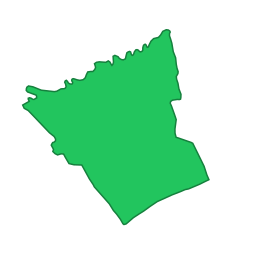 Empalme Olmos, Canelones, Uruguay (Albers equal-area conic projection), rotated 62°
{"feature_id": "84410073B65254992067922", "entity_name": "Empalme Olmos", "entity_type": "district", "adm_level": 2, "iso_a3": "URY", "parent_name": "Uruguay", "parent_adm1": "Canelones", "projection": "albers", "projection_center": [-55.905, -34.652], "detail": "fine", "context": "isolated", "style": "filled", "palette": "green", "viewbox_px": 256, "rotation_deg": 62, "n_neighbors": 0, "source": "geoboundaries", "source_scale": "gbopen_adm2", "svg_char_len": 2269}
<svg xmlns="http://www.w3.org/2000/svg" viewBox="0 0 256 256"><g transform="rotate(62 128 128)"><path d="M164.1,185.4L186.2,180.1L194.0,179.6L198.6,178.5L204.7,177.6L210.2,177.4L211.3,176.9L211.8,174.7L209.7,165.3L209.1,158.8L208.7,153.1L207.6,145.4L206.7,136.7L207.7,120.7L208.8,111.5L209.2,106.5L210.2,103.1L211.3,90.9L211.4,86.2L211.6,80.8L206.5,80.4L197.5,78.8L171.9,78.0L170.4,79.0L160.4,88.3L158.8,89.9L154.6,88.9L150.9,87.0L143.2,81.5L138.4,80.7L129.0,79.3L125.9,79.1L124.6,77.9L124.3,75.7L125.9,71.1L127.0,69.3L127.2,68.1L126.0,67.1L123.1,65.4L117.4,64.7L112.0,62.9L107.8,62.2L105.2,61.2L103.4,58.4L101.8,57.3L98.0,56.6L94.2,55.4L88.4,53.0L81.8,52.2L73.7,49.5L69.3,48.6L66.1,48.1L64.1,47.0L63.1,45.7L61.9,45.6L60.4,46.4L59.2,48.1L59.0,51.9L61.2,55.5L62.3,58.6L61.1,63.4L62.1,66.9L62.9,68.0L63.7,69.2L64.5,70.3L65.4,71.3L66.0,72.1L65.8,73.1L65.4,73.2L64.1,73.1L62.9,73.1L62.1,73.5L62.0,74.4L62.3,75.5L63.3,76.5L64.2,77.3L66.2,78.4L66.9,79.6L66.7,81.2L65.8,82.0L64.2,82.3L63.0,83.3L62.7,84.5L63.2,85.5L64.0,87.0L64.9,87.7L65.9,89.1L65.9,90.2L64.7,90.5L63.4,90.3L62.1,90.0L61.1,90.7L60.9,92.3L61.1,93.7L62.9,95.4L65.7,97.8L65.6,100.3L64.2,101.9L63.7,102.3L62.0,103.1L60.4,103.3L57.7,105.5L57.7,107.5L60.3,108.7L63.1,109.9L64.6,111.4L65.2,112.8L63.9,113.0L61.3,113.0L59.5,113.9L59.6,116.7L58.3,118.8L56.1,122.3L55.2,125.0L55.5,127.4L57.9,127.8L59.5,128.3L60.8,130.0L61.6,132.5L60.6,134.4L59.6,137.2L61.3,139.6L63.6,142.2L64.3,144.9L63.3,148.2L61.6,150.3L59.6,152.2L58.7,153.3L58.6,154.3L59.2,155.2L60.1,155.5L61.7,155.4L62.6,156.1L62.9,157.0L61.7,158.7L60.0,159.6L58.5,159.5L56.9,160.1L57.0,161.4L57.9,162.4L59.9,162.5L62.4,163.2L63.4,164.6L63.3,166.0L62.8,167.0L62.0,168.8L62.1,173.6L61.3,176.0L53.9,186.8L47.0,192.6L44.2,196.1L44.5,198.1L45.6,199.3L47.1,200.2L49.1,199.7L55.8,193.7L57.1,193.8L58.6,194.6L58.5,195.7L58.7,197.4L58.1,198.5L56.3,199.5L55.1,200.7L54.9,202.1L55.9,202.6L58.1,202.7L58.3,210.2L61.9,210.4L65.7,207.9L70.9,206.4L95.3,199.6L100.8,197.2L103.7,197.1L105.3,198.1L105.8,199.7L105.5,201.3L106.1,202.4L107.1,203.8L111.9,203.8L113.5,205.4L116.5,204.4L118.7,202.8L119.4,199.2L120.8,197.1L124.8,197.1L131.7,196.8L135.0,193.1L139.0,186.2L151.7,186.0L154.6,186.0L161.7,185.3L164.1,185.4Z" fill="#22c55e" stroke="#15803d" stroke-width="1.5"/></g></svg>